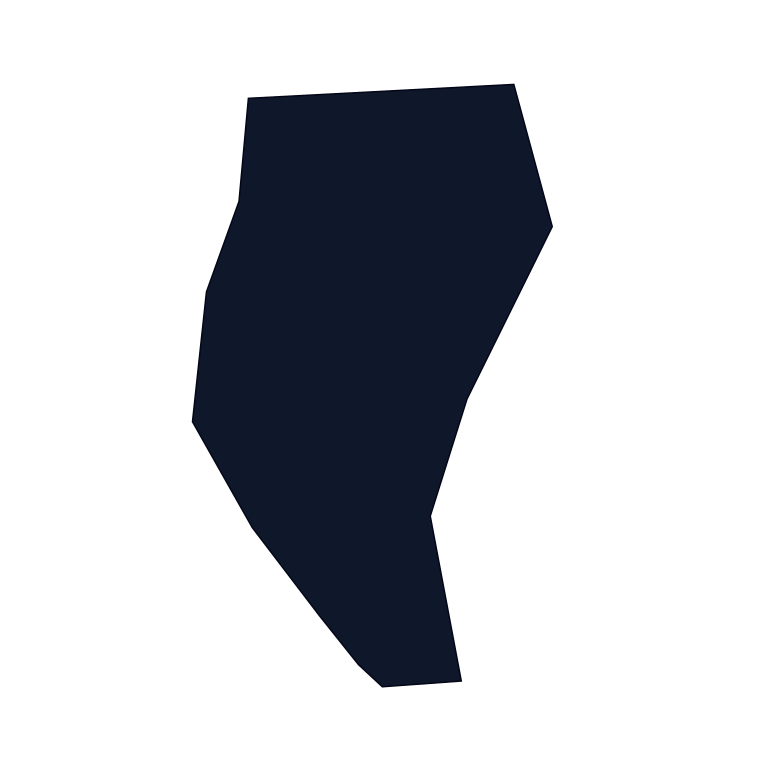 map outline of Central and Western (orthographic projection), rotated 259°
{"feature_id": "HKG-5153", "entity_name": "Central and Western", "entity_type": "state/province", "adm_level": 1, "iso_a3": "HKG", "parent_name": "Hong Kong S.A.R.", "parent_adm1": "", "projection": "orthographic", "projection_center": [114.135, 22.273], "detail": "fine", "context": "isolated", "style": "filled", "palette": "ink", "viewbox_px": 768, "rotation_deg": 259, "n_neighbors": 0, "source": "natural_earth", "source_scale": "10m", "svg_char_len": 336}
<svg xmlns="http://www.w3.org/2000/svg" viewBox="0 0 768 768"><g transform="rotate(259 384 384)"><path d="M77.7,403.2L87.1,324.6L113.4,305.4L168.7,276.5L268.2,227.3L383.5,188.8L508.3,227.3L590.9,276.5L690.3,305.4L653.3,568.6L506.4,579.2L353.4,462.6L245.5,404.2L77.7,403.2Z" fill="#0f172a" stroke="#020617" stroke-width="1.5"/></g></svg>